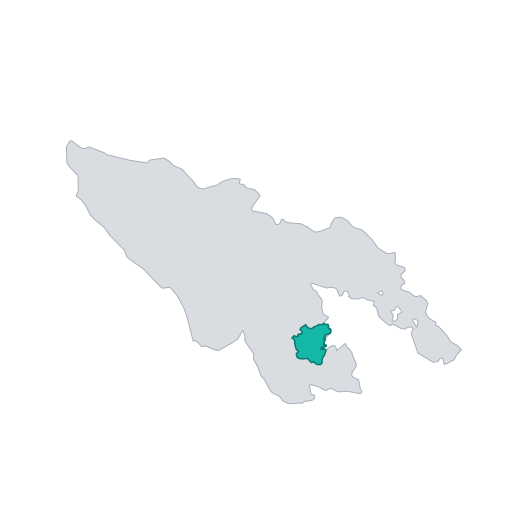 Aksy, Jalal-Abad, Kyrgyzstan shown in context, rotated 227°
{"feature_id": "92254566B91870042144057", "entity_name": "Aksy", "entity_type": "district", "adm_level": 2, "iso_a3": "KGZ", "parent_name": "Kyrgyzstan", "parent_adm1": "Jalal-Abad", "projection": "orthographic", "projection_center": [71.846, 41.557], "detail": "fine", "context": "in_parent", "style": "filled", "palette": "teal", "viewbox_px": 512, "rotation_deg": 227, "n_neighbors": 0, "source": "geoboundaries", "source_scale": "gbopen_adm2", "svg_char_len": 6703}
<svg xmlns="http://www.w3.org/2000/svg" viewBox="0 0 512 512"><g transform="rotate(227 256 256)"><path d="M113.4,307.0L114.7,306.2L118.7,305.4L127.0,304.6L129.8,305.3L135.4,308.7L139.7,308.3L140.5,308.7L142.1,311.6L148.1,307.4L152.5,306.2L154.7,301.9L159.3,296.9L163.3,296.1L163.3,296.9L164.1,297.6L168.2,298.8L169.4,297.4L170.0,295.6L168.6,292.7L168.6,291.5L169.8,289.7L176.3,292.4L177.7,292.3L180.7,290.8L183.3,288.0L184.3,285.9L197.4,278.7L198.3,277.5L198.1,276.5L192.6,275.0L190.1,275.9L187.8,276.0L186.4,275.0L179.7,274.6L178.2,274.0L173.7,269.0L168.2,265.8L165.5,266.0L162.4,267.4L161.4,266.8L161.1,262.0L160.5,259.2L158.6,258.5L156.1,259.7L149.4,258.1L148.6,252.1L146.1,246.9L142.6,244.8L142.4,241.7L141.2,240.3L140.2,240.7L138.8,242.3L139.5,245.8L138.9,249.3L138.1,251.0L136.6,252.3L134.8,252.3L131.8,250.5L131.2,261.1L130.7,261.7L127.0,260.2L124.1,260.9L119.8,260.2L116.5,258.4L110.1,256.4L107.1,254.4L105.4,247.3L103.7,244.7L102.0,244.2L95.3,246.5L88.4,242.1L85.0,241.1L84.1,239.8L84.3,238.2L94.9,230.5L99.1,225.1L101.7,222.9L108.4,220.5L109.9,215.6L110.5,215.0L117.2,212.7L124.7,208.4L124.8,207.2L124.1,206.1L117.4,202.1L114.0,203.9L112.0,201.5L112.0,199.2L114.3,195.1L116.2,193.1L117.0,189.2L119.7,186.6L122.6,182.5L125.9,179.1L132.2,176.6L135.7,177.4L138.9,176.9L144.0,174.8L147.1,174.6L160.1,177.8L164.4,177.9L174.5,181.9L182.4,183.9L186.3,187.8L199.0,189.4L202.5,190.5L203.8,192.4L207.5,194.7L210.5,195.2L207.7,185.8L208.6,180.2L212.3,164.7L214.4,162.4L224.5,157.8L226.8,154.5L234.2,154.4L235.7,153.8L236.5,152.0L259.7,164.7L268.4,168.2L280.5,171.2L290.7,171.9L292.4,171.0L296.2,165.6L298.1,165.2L323.2,164.9L340.9,161.1L343.5,161.1L350.4,163.7L371.6,163.2L380.1,164.5L393.2,162.8L398.8,162.8L409.0,165.7L412.6,166.3L419.2,166.3L421.6,165.5L423.1,166.2L425.0,170.8L431.7,176.4L434.2,179.4L436.7,180.5L448.5,180.5L453.1,181.3L465.0,191.7L467.0,198.2L466.0,199.7L454.6,201.7L452.0,202.9L449.7,208.2L434.6,215.6L432.3,215.7L412.3,228.8L398.5,239.6L398.3,244.3L390.5,255.4L384.2,257.2L378.7,257.3L369.9,261.1L358.4,260.8L354.5,261.2L346.8,260.2L343.8,261.1L340.7,263.5L336.7,272.1L335.0,274.2L334.3,276.2L333.8,280.3L332.4,284.7L328.9,291.5L325.8,294.7L322.9,296.8L320.3,292.9L316.5,295.9L312.8,295.5L310.6,296.5L305.6,300.2L298.0,300.4L297.1,299.2L295.2,289.7L293.7,285.2L292.5,284.3L291.2,284.2L280.6,292.2L275.6,293.7L271.4,294.1L265.9,292.0L264.8,292.6L263.9,293.9L263.5,295.5L265.3,299.7L264.8,300.6L262.4,300.6L259.0,301.7L248.8,310.9L242.2,313.4L236.1,314.5L232.4,316.2L230.4,319.5L226.6,328.8L226.8,330.7L228.5,333.1L229.9,338.6L229.7,340.1L226.4,344.7L222.2,346.2L218.9,347.0L212.5,346.5L209.2,347.5L203.2,351.1L198.3,351.8L188.9,352.0L179.6,350.8L176.6,351.2L168.5,353.4L165.7,356.6L164.2,359.6L163.4,360.0L160.1,357.3L156.0,352.6L153.9,352.7L146.6,356.6L145.5,356.4L143.4,355.0L143.7,349.0L141.3,347.8L136.3,347.5L134.6,346.1L135.2,342.3L134.6,340.8L133.3,339.7L130.7,340.0L125.5,343.2L119.3,344.2L117.2,345.3L114.8,349.4L106.7,350.2L104.0,349.2L99.2,341.4L95.0,340.2L90.7,340.4L84.8,342.3L83.4,340.6L81.9,340.1L80.6,341.4L73.4,341.5L66.1,341.2L62.0,340.1L59.3,340.1L53.9,342.1L47.3,342.3L46.9,335.1L45.0,330.1L47.2,322.1L48.4,319.6L53.2,322.7L54.9,322.3L55.4,320.7L54.8,317.1L57.3,313.2L74.5,308.2L93.4,316.5L95.8,321.6L97.5,321.4L100.1,319.1L101.0,314.8L104.7,312.4L112.9,309.6L113.4,307.0ZM123.0,324.8L123.3,324.1L121.9,320.4L123.9,316.9L120.1,316.2L118.1,315.2L115.9,311.6L115.2,311.5L114.0,312.4L113.4,314.7L113.9,317.3L116.7,319.7L115.3,324.6L121.0,325.3L123.0,324.8ZM103.1,328.1L102.9,327.0L101.6,326.5L94.5,325.0L94.7,326.0L97.4,329.8L99.5,330.0L103.1,328.1ZM145.6,322.0L146.0,319.7L141.7,321.0L141.2,322.2L142.6,323.7L144.5,324.2L145.6,322.0Z" fill="#d9dde1" stroke="#a8b0b8" stroke-width="1"/><path d="M139.4,243.1L139.5,243.1L139.8,243.1L140.1,243.0L140.4,243.1L140.5,243.1L140.9,242.9L141.0,242.9L141.2,242.7L141.3,242.6L141.4,242.4L141.5,242.4L141.5,242.2L141.7,241.8L141.7,241.7L141.9,241.4L142.3,241.2L142.5,241.0L142.5,240.9L142.5,240.7L143.0,240.4L143.3,240.1L143.5,240.0L143.9,240.1L144.0,240.2L144.1,240.5L144.1,240.9L143.9,240.9L143.8,241.1L143.7,241.2L143.4,241.3L143.5,241.4L143.6,241.5L143.8,241.6L143.7,241.9L143.8,242.0L143.7,242.0L143.6,242.3L143.4,242.4L143.5,242.6L143.6,242.8L143.4,242.9L143.3,242.7L143.2,242.8L143.1,243.0L143.0,243.3L143.1,243.6L143.2,243.8L143.3,244.0L143.4,244.3L143.2,244.5L142.9,244.6L142.9,244.8L142.7,244.9L142.7,245.0L142.4,245.3L142.5,245.3L142.4,245.6L142.4,245.8L142.4,246.4L142.5,246.5L142.9,246.5L143.3,246.4L143.4,245.8L143.3,245.6L143.5,245.6L143.6,245.3L143.8,245.0L143.9,244.9L144.2,244.9L144.4,245.2L144.4,245.5L144.6,245.8L144.8,245.8L145.0,245.6L145.2,245.2L145.4,245.1L145.5,245.2L145.7,245.3L145.9,245.4L146.1,245.6L146.1,245.9L146.2,246.1L146.2,246.3L146.2,246.6L146.2,246.9L146.3,247.0L146.4,247.3L146.6,247.6L146.8,247.7L146.8,247.8L146.9,248.0L147.0,248.0L147.4,248.2L147.4,248.3L147.5,248.2L147.6,248.3L147.6,248.5L147.6,248.8L147.8,248.8L148.0,248.9L147.8,249.2L147.7,249.5L147.8,249.9L148.2,250.0L148.6,250.1L149.0,250.2L149.2,249.9L149.3,249.8L149.3,249.7L149.4,249.4L149.4,249.5L149.5,249.5L149.6,249.8L149.9,250.1L150.0,250.5L149.5,250.8L149.8,251.4L149.9,251.6L150.0,251.8L150.1,252.1L150.3,252.3L150.5,252.5L150.8,252.7L151.0,252.9L151.2,253.0L151.0,253.3L150.9,253.4L150.8,253.5L150.6,253.6L150.5,253.8L150.4,254.2L150.4,254.4L150.3,254.6L150.1,254.8L149.7,255.0L149.7,255.3L149.6,256.0L149.4,256.1L149.4,256.3L149.4,256.6L149.1,257.0L148.8,257.8L148.8,258.0L149.2,258.2L149.6,258.2L149.7,258.3L149.6,258.9L149.7,259.5L150.1,259.8L150.4,259.9L150.5,260.0L150.6,259.9L150.8,259.9L150.9,260.0L151.0,260.1L151.3,260.2L151.4,260.3L151.5,260.3L151.9,260.7L152.2,260.6L152.6,260.1L153.6,260.1L153.8,260.0L154.1,260.1L154.4,260.1L154.4,260.3L154.5,260.6L154.6,260.8L154.9,261.0L155.0,261.0L155.3,261.1L155.5,261.1L155.7,261.3L155.9,261.3L156.0,261.3L156.1,261.5L156.3,261.6L156.5,261.7L156.5,261.8L156.7,262.0L156.8,262.1L157.0,261.9L157.2,261.7L157.3,261.6L157.7,261.2L157.8,261.1L157.8,260.9L158.0,260.6L158.1,260.4L158.3,260.3L158.4,260.2L158.8,260.2L159.0,260.1L159.2,259.9L159.3,259.8L159.5,259.8L159.8,259.9L160.1,259.9L160.4,259.7L160.5,259.8L160.6,259.7L160.6,257.7L163.0,255.2L163.7,251.9L164.7,249.8L164.8,247.3L166.8,245.5L169.0,245.0L171.2,245.4L171.9,245.4L172.8,239.9L172.2,238.1L169.2,238.1L168.0,237.1L168.5,235.4L169.6,234.6L169.8,232.7L168.6,231.7L170.0,230.1L171.7,229.6L171.5,226.5L167.8,226.8L165.6,224.6L160.3,221.8L157.2,222.0L157.0,218.8L155.1,217.5L153.3,217.0L151.8,217.5L148.8,220.1L146.1,223.7L140.3,223.8L139.2,226.1L136.3,226.2L134.2,227.3L132.6,229.2L132.7,231.4L134.3,232.8L136.4,235.7L136.7,238.2L139.4,243.1Z" fill="#14b8a6" stroke="#0f766e" stroke-width="1.5"/></g></svg>